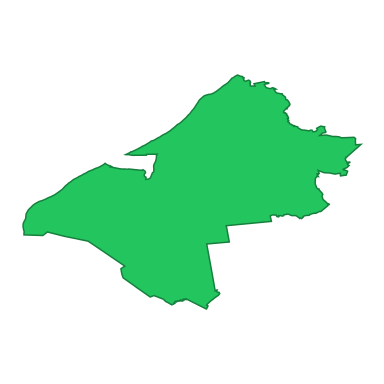 the district of Sakas pag., Pavilostas, Latvia
{"feature_id": "27541924B80625088425649", "entity_name": "Sakas pag.", "entity_type": "district", "adm_level": 2, "iso_a3": "LVA", "parent_name": "Latvia", "parent_adm1": "Pavilostas", "projection": "natural_earth1", "projection_center": [21.246, 56.856], "detail": "fine", "context": "isolated", "style": "filled", "palette": "green", "viewbox_px": 384, "rotation_deg": 0, "n_neighbors": 0, "source": "geoboundaries", "source_scale": "gbopen_adm2", "svg_char_len": 5958}
<svg xmlns="http://www.w3.org/2000/svg" viewBox="0 0 384 384"><path d="M361.0,144.4L355.6,144.8L355.4,140.8L355.6,138.6L354.0,137.3L342.0,137.8L340.7,137.6L339.4,136.9L336.3,136.5L332.7,136.5L326.4,135.0L319.7,135.5L322.6,133.0L325.0,132.6L325.6,132.4L325.9,132.1L325.8,131.4L325.3,130.6L324.4,128.0L324.5,127.5L324.7,126.8L320.6,126.1L316.7,128.3L317.5,129.4L315.8,131.4L313.1,131.8L312.4,130.9L312.2,130.3L310.5,130.1L309.2,130.9L304.5,130.1L302.1,130.0L300.4,129.3L300.1,129.0L298.1,127.9L297.8,126.9L297.6,126.8L295.2,126.3L294.5,126.2L294.0,126.4L294.0,126.1L294.2,125.7L293.7,125.7L293.1,125.4L292.4,125.4L292.4,125.0L291.9,124.8L291.6,124.5L289.5,123.7L289.4,122.6L289.2,122.3L287.9,121.9L287.7,121.4L288.7,120.5L288.0,119.8L287.4,118.8L288.4,118.6L288.0,117.9L288.4,117.5L287.9,116.5L287.6,116.4L287.5,115.8L286.5,115.3L286.5,115.2L286.9,114.7L286.8,114.1L286.1,113.5L285.6,113.5L285.3,112.8L284.2,112.9L283.5,112.0L283.9,111.5L283.9,111.0L285.8,108.9L286.4,108.8L286.9,109.0L287.1,108.8L286.5,108.1L286.6,107.9L287.2,107.8L288.0,106.9L288.5,106.6L288.8,106.1L289.1,106.0L289.3,105.7L289.4,105.4L289.7,105.1L289.8,104.9L289.6,104.3L289.9,104.0L288.4,101.1L287.0,99.7L286.4,99.8L285.9,99.6L285.6,98.7L285.5,97.2L282.5,94.8L282.1,93.7L281.1,93.8L276.4,92.9L273.9,89.4L275.9,89.1L274.2,88.2L272.5,87.7L270.2,88.7L266.3,87.7L264.3,84.8L265.7,83.8L266.7,83.9L268.7,83.4L268.7,82.8L268.3,82.7L265.4,82.7L264.7,82.3L264.4,81.6L254.0,83.7L255.0,86.1L250.3,86.0L250.2,83.8L249.9,83.5L250.5,82.5L250.1,82.2L250.4,81.8L249.8,80.7L249.0,80.3L248.3,80.2L245.5,81.3L244.5,80.8L243.8,80.3L243.7,80.1L243.9,79.3L243.8,78.4L244.1,77.9L243.9,77.7L243.1,78.1L242.6,76.6L241.6,76.3L241.3,76.5L240.6,76.3L237.5,75.0L235.3,76.2L232.5,78.1L231.9,78.2L229.4,81.2L227.8,82.8L225.6,84.4L223.3,85.8L221.1,87.6L220.9,87.9L216.1,91.5L213.5,93.1L211.5,93.9L210.3,94.3L208.5,94.4L204.7,95.6L203.8,96.1L199.4,100.0L197.8,102.6L193.8,108.7L192.0,110.7L189.7,113.8L188.0,115.3L186.2,117.5L180.9,122.3L179.0,123.8L178.1,124.1L176.9,125.0L174.5,127.2L172.1,129.1L169.7,131.1L168.9,131.5L167.1,132.8L162.2,135.3L160.0,136.9L157.1,138.3L155.0,139.7L153.4,140.5L151.7,140.9L151.2,141.1L149.5,142.4L145.2,145.0L141.9,146.5L141.2,147.1L135.4,150.1L131.7,151.8L130.8,151.8L129.5,152.8L125.7,154.6L126.3,154.7L128.1,154.6L132.6,155.3L146.4,155.2L146.4,154.3L157.2,154.2L156.6,155.1L156.4,155.8L156.4,158.1L155.9,160.2L155.4,161.8L154.1,164.2L153.8,165.3L153.6,166.3L153.8,168.2L153.8,171.8L152.7,172.5L152.3,173.1L150.5,177.6L149.5,178.6L147.7,179.2L145.7,179.4L145.8,178.3L146.1,177.5L145.9,177.1L144.5,176.4L144.3,175.7L144.3,174.6L144.4,174.1L145.5,172.8L145.4,171.9L145.0,171.1L143.0,169.7L141.8,170.2L141.8,170.3L141.4,170.3L128.6,169.0L127.8,169.2L126.3,169.2L125.5,169.0L121.2,169.0L110.6,167.0L111.5,166.5L110.1,165.8L107.6,165.0L105.9,164.0L105.1,163.3L104.5,163.9L102.8,165.1L100.3,166.5L97.8,167.7L95.5,168.4L92.4,169.9L88.5,171.4L86.4,172.8L83.5,174.1L81.9,175.2L79.0,176.5L77.4,177.6L73.8,179.4L72.7,180.1L71.2,181.4L70.2,182.1L68.4,183.2L67.4,184.4L65.7,185.6L62.1,189.5L60.8,190.4L59.7,191.3L54.8,194.7L51.1,196.6L48.1,197.8L45.5,199.2L42.6,200.4L39.1,201.5L35.1,203.7L32.9,205.3L31.3,207.0L28.7,209.5L28.2,210.1L26.7,212.9L26.3,213.4L26.1,214.2L25.7,218.3L25.1,219.8L24.3,221.1L23.4,223.0L23.1,224.2L23.2,225.6L23.0,226.1L23.6,229.8L24.2,231.7L23.9,233.7L24.1,234.2L24.0,234.9L42.9,235.5L47.4,232.0L64.4,236.3L88.2,241.2L124.8,266.1L120.9,268.7L121.8,273.8L122.3,275.5L123.2,277.9L130.7,283.2L136.8,287.6L150.2,297.0L153.9,295.6L158.0,297.1L163.3,299.2L165.8,301.6L167.4,302.3L171.7,304.8L171.8,304.7L172.8,304.4L173.2,304.2L173.7,304.1L173.9,303.3L174.3,303.3L174.2,303.1L174.3,303.0L174.7,303.0L174.4,302.5L175.0,302.0L175.3,302.0L175.1,301.7L175.6,301.3L176.0,301.6L176.0,301.3L176.7,301.5L176.7,301.3L177.6,301.2L177.7,300.8L178.2,300.8L178.2,301.1L178.4,301.1L178.8,301.0L178.6,300.8L178.9,300.7L179.1,301.0L179.4,300.8L179.7,301.0L180.2,300.6L180.4,300.8L180.7,300.7L180.7,300.4L180.9,300.6L180.8,300.8L180.9,301.0L181.6,301.0L181.3,300.8L181.9,300.6L182.2,300.6L182.2,300.4L182.6,300.3L182.3,300.1L182.7,300.0L183.3,300.1L183.1,299.8L183.4,299.8L183.3,299.5L184.5,299.5L184.6,299.3L184.5,299.1L185.5,299.3L185.5,299.5L185.9,299.6L185.9,299.3L186.1,299.1L185.7,298.9L186.0,298.8L206.3,309.0L206.5,309.0L208.0,306.0L206.6,305.1L207.2,304.5L207.2,304.3L210.9,300.8L213.2,299.2L214.3,298.1L218.4,295.3L219.7,293.6L219.0,292.3L217.8,292.2L216.7,291.7L216.4,291.0L217.1,290.3L217.2,290.0L216.7,290.0L215.2,290.9L211.1,267.9L206.7,244.0L229.3,242.0L226.3,225.8L226.2,225.8L226.2,225.7L271.4,221.4L270.2,215.9L273.0,214.7L273.4,215.0L276.3,215.1L276.6,216.1L277.0,216.6L278.6,216.9L278.8,216.8L278.9,216.6L278.3,216.0L278.5,215.7L279.2,215.8L280.8,215.6L281.5,215.9L282.7,216.1L283.7,215.6L283.7,214.9L283.9,214.8L288.0,214.1L289.0,214.4L290.4,215.1L291.9,215.6L293.1,215.7L294.5,215.5L296.3,215.8L298.1,217.2L299.0,217.7L299.7,218.4L299.9,218.1L300.2,218.0L300.7,218.1L301.4,218.6L301.9,218.4L302.5,217.5L303.1,217.3L303.3,216.5L304.4,215.9L306.7,215.4L308.4,215.4L309.6,215.1L310.0,214.4L312.6,213.6L314.0,213.3L315.8,213.3L319.7,211.4L320.5,211.6L321.7,210.9L321.8,210.7L327.9,205.6L327.7,205.1L329.2,204.5L328.8,203.8L328.0,203.8L326.8,202.9L325.5,201.6L323.0,199.4L322.0,196.2L322.1,195.9L322.8,194.5L322.3,193.4L319.0,189.7L319.1,189.1L318.7,188.9L318.5,189.0L318.1,189.0L317.4,188.5L316.4,187.4L316.3,186.6L315.5,184.7L315.2,183.3L315.3,179.1L315.5,178.3L316.8,176.5L318.4,176.6L317.2,174.8L318.0,174.5L317.4,173.8L319.2,173.5L318.1,170.4L324.0,172.7L329.8,173.0L335.0,174.1L340.1,173.2L340.5,175.9L346.2,175.1L347.6,171.3L347.5,171.1L344.9,170.1L343.2,169.7L343.1,169.3L344.5,168.6L346.1,168.0L347.6,167.1L347.9,166.6L349.1,165.5L347.7,164.7L347.2,163.2L348.3,163.5L348.6,163.2L348.8,162.8L349.8,162.5L349.7,162.0L347.0,162.3L345.5,160.0L345.3,158.5L346.4,157.6L346.1,157.1L346.7,157.0L349.8,154.3L361.0,144.4Z" fill="#22c55e" stroke="#15803d" stroke-width="1.5"/></svg>